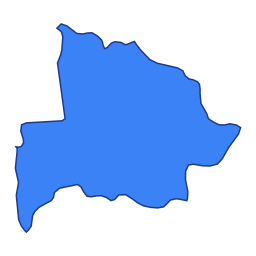 the border of Sourou
{"feature_id": "BFA-2808", "entity_name": "Sourou", "entity_type": "Province", "adm_level": 1, "iso_a3": "BFA", "parent_name": "Burkina Faso", "parent_adm1": "", "projection": "orthographic", "projection_center": [-3.009, 13.252], "detail": "fine", "context": "isolated", "style": "filled", "palette": "blue", "viewbox_px": 256, "rotation_deg": 0, "n_neighbors": 0, "source": "natural_earth", "source_scale": "10m", "svg_char_len": 1411}
<svg xmlns="http://www.w3.org/2000/svg" viewBox="0 0 256 256"><path d="M125.3,44.7L126.9,44.4L134.4,41.5L134.8,42.0L136.2,44.3L140.8,50.3L149.8,59.6L157.2,63.2L177.7,68.0L182.9,70.9L185.1,75.7L188.6,78.8L193.4,79.9L197.5,81.9L199.4,84.1L200.1,89.1L200.0,93.2L201.0,103.6L206.9,114.0L208.4,118.7L213.1,121.9L218.9,124.8L224.7,125.0L229.9,123.8L236.4,125.0L240.6,127.6L238.5,134.0L228.8,147.3L222.2,158.8L217.5,164.0L210.0,166.0L202.9,165.8L193.2,164.2L188.4,165.1L185.6,171.3L185.5,179.9L187.7,190.9L187.8,194.1L187.3,199.0L186.8,200.7L179.3,199.1L176.0,198.8L170.5,200.0L163.8,206.8L157.7,207.9L150.2,207.3L143.5,205.8L137.7,202.9L132.7,199.1L125.7,194.7L118.9,194.9L114.5,199.6L111.0,200.6L106.5,197.5L101.2,195.7L96.3,195.9L91.2,196.8L87.2,196.3L83.9,192.2L80.8,186.7L77.5,184.5L59.6,188.2L54.3,192.6L53.5,197.4L51.3,200.5L39.2,207.1L34.8,211.5L32.6,215.7L31.2,226.1L28.2,230.3L26.3,232.1L24.9,230.7L21.5,226.2L18.7,219.7L16.3,195.3L18.5,182.6L15.4,168.2L17.1,151.7L17.1,148.5L16.0,146.8L18.7,147.2L21.3,146.5L23.5,142.9L23.3,138.9L20.8,131.2L21.6,124.8L26.4,122.9L62.1,120.8L65.1,118.8L57.5,63.0L60.7,54.8L61.9,49.5L62.8,37.1L61.4,31.7L56.9,28.2L61.2,23.9L67.0,26.0L76.7,33.4L82.7,34.0L87.5,33.0L92.1,32.8L97.5,36.1L101.4,39.8L102.4,41.9L103.1,45.2L104.6,48.6L107.1,47.7L110.9,43.5L113.4,42.2L115.1,41.8L120.4,42.3L122.2,43.0L123.8,44.0L125.3,44.7Z" fill="#3b82f6" stroke="#1e3a8a" stroke-width="1.5"/></svg>